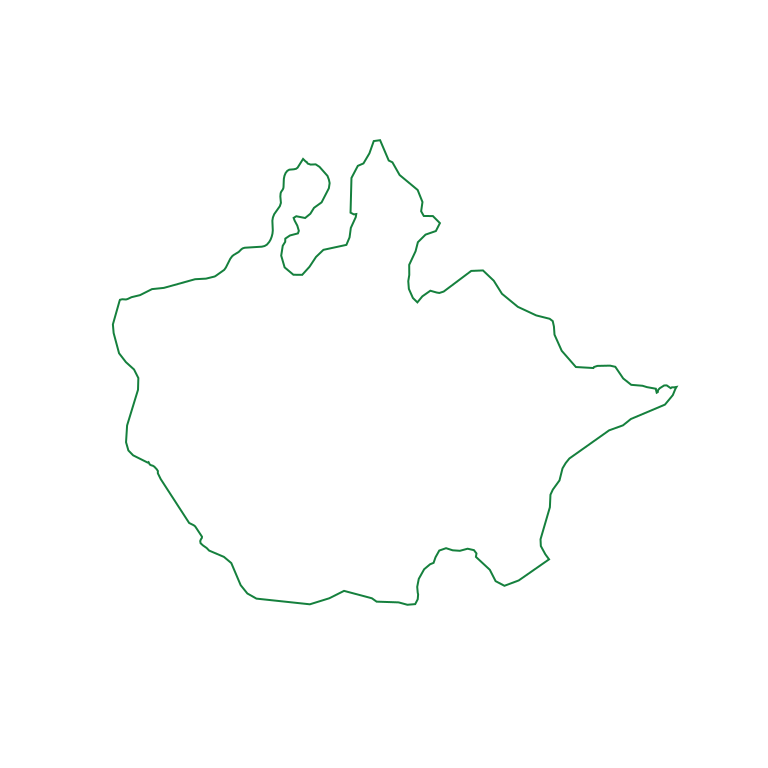 East Azarbaijan, Albers equal-area conic projection, rotated 332°
{"feature_id": "IRN-3238", "entity_name": "East Azarbaijan", "entity_type": "Province", "adm_level": 1, "iso_a3": "IRN", "parent_name": "Iran", "parent_adm1": "", "projection": "albers", "projection_center": [46.749, 37.961], "detail": "fine", "context": "isolated", "style": "outline", "palette": "green", "viewbox_px": 768, "rotation_deg": 332, "n_neighbors": 0, "source": "natural_earth", "source_scale": "10m", "svg_char_len": 3034}
<svg xmlns="http://www.w3.org/2000/svg" viewBox="0 0 768 768"><g transform="rotate(332 384 384)"><path d="M322.9,197.9L325.0,198.3L340.6,205.4L343.3,206.1L346.0,206.0L349.3,204.7L351.7,203.2L354.0,201.2L356.1,198.9L357.9,196.2L362.1,187.4L364.1,184.8L366.8,182.5L375.5,178.1L378.0,175.7L380.5,169.8L382.3,167.0L383.5,166.0L386.0,164.7L387.2,163.7L388.0,162.5L391.9,155.8L393.9,153.4L396.2,151.5L398.7,150.4L401.0,150.3L405.2,152.1L407.5,152.7L409.3,152.4L418.2,147.3L419.4,151.1L419.9,151.5L420.1,153.5L422.2,155.8L426.8,158.0L429.0,162.0L431.8,173.7L431.3,177.6L430.3,181.1L427.2,185.3L414.2,194.3L404.9,195.6L398.9,199.1L392.3,200.4L385.3,194.7L382.2,194.9L381.8,197.8L381.8,203.5L380.7,208.8L378.7,210.6L370.7,208.7L365.1,209.3L363.5,212.1L359.5,214.4L353.5,222.4L351.0,234.4L355.3,245.0L363.0,249.2L373.3,245.5L383.6,239.9L393.5,237.1L416.1,243.5L422.4,238.4L428.0,230.6L437.4,223.4L439.3,220.9L437.0,220.1L434.9,217.0L452.0,186.8L463.3,179.1L469.4,179.6L479.4,173.5L489.0,164.7L495.0,166.9L493.1,188.9L495.5,192.2L495.9,206.8L504.8,228.5L503.4,241.4L497.9,248.9L498.0,254.3L506.0,258.7L508.9,268.2L501.6,273.3L490.8,271.6L480.5,274.7L474.2,281.6L462.2,290.6L457.5,299.6L453.7,304.6L450.6,311.7L449.9,321.6L451.8,327.6L459.0,324.6L468.7,323.4L473.5,328.0L475.6,329.6L480.1,330.4L514.1,325.1L524.7,330.2L529.4,344.3L530.5,359.7L538.4,378.7L550.6,394.9L560.9,404.2L562.5,407.7L561.0,413.1L557.7,420.5L556.5,438.1L561.4,459.1L576.4,468.2L577.4,467.6L580.9,468.2L592.2,473.9L596.3,477.4L597.8,491.4L601.9,500.8L611.4,506.9L614.7,510.2L621.8,515.8L621.4,516.8L620.7,519.7L621.9,519.7L623.2,518.0L625.5,517.2L630.7,516.8L633.0,518.0L635.2,522.3L636.6,522.1L638.7,523.2L640.9,523.9L639.1,525.0L633.8,529.4L622.4,534.1L585.6,530.8L575.6,532.7L561.0,530.6L512.7,536.8L507.3,539.1L502.0,542.3L493.7,551.5L483.5,556.5L479.0,559.9L472.6,570.7L449.3,594.6L446.4,600.7L446.5,610.1L447.4,616.3L410.7,620.7L395.6,618.7L390.0,610.5L390.2,597.7L384.0,579.8L386.1,577.0L385.4,572.9L380.5,568.7L372.7,566.9L366.6,563.1L361.7,558.1L354.6,557.0L348.1,561.2L343.8,565.2L340.1,564.8L332.5,566.4L323.2,572.4L318.1,578.7L315.8,584.1L315.3,585.9L312.7,589.9L308.2,593.0L301.0,589.9L294.4,583.7L275.3,572.7L272.7,567.5L251.6,547.9L235.1,547.5L215.1,543.7L170.6,513.6L165.0,504.8L163.0,494.3L165.1,470.4L161.5,461.5L151.4,449.0L150.4,445.5L148.4,441.6L147.3,438.5L148.0,436.4L149.4,435.2L150.9,434.4L151.6,433.4L150.5,421.8L150.4,421.0L149.7,419.4L146.7,415.2L142.2,363.1L142.4,356.7L142.9,355.7L143.5,354.7L143.3,352.6L142.4,349.2L141.5,347.6L140.3,346.5L139.4,345.1L139.4,342.4L138.4,342.4L129.0,329.2L127.1,322.7L128.9,314.3L137.7,300.0L164.1,273.6L169.9,263.4L170.1,253.8L166.4,243.6L164.5,232.5L169.2,212.1L172.6,204.1L189.4,186.6L190.4,185.7L192.7,186.3L195.8,188.2L196.5,188.4L197.6,188.6L201.8,188.8L210.3,191.0L223.7,191.3L231.3,194.4L234.8,195.8L266.4,202.8L276.3,207.4L285.0,209.6L286.5,209.5L296.5,208.2L299.1,206.9L307.0,201.3L309.9,199.9L311.9,199.5L317.7,199.2L321.3,198.1L322.9,197.9Z" fill="none" stroke="#15803d" stroke-width="2"/></g></svg>